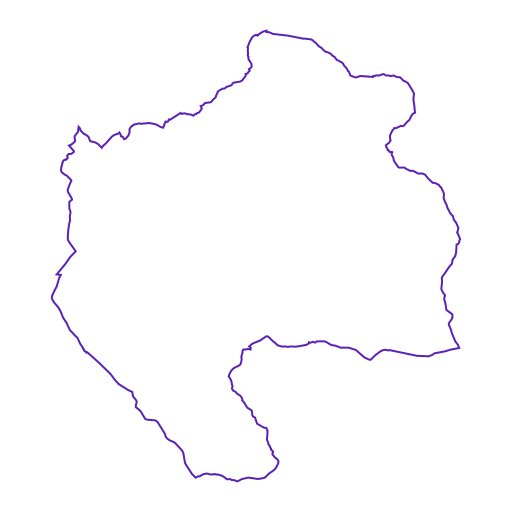 the district of Damuc, Neamt, Romania
{"feature_id": "2599482B61990018095073", "entity_name": "Damuc", "entity_type": "district", "adm_level": 2, "iso_a3": "ROU", "parent_name": "Romania", "parent_adm1": "Neamt", "projection": "equal_earth", "projection_center": [25.893, 46.736], "detail": "fine", "context": "isolated", "style": "outline", "palette": "violet", "viewbox_px": 512, "rotation_deg": 0, "n_neighbors": 0, "source": "geoboundaries", "source_scale": "gbopen_adm2", "svg_char_len": 5945}
<svg xmlns="http://www.w3.org/2000/svg" viewBox="0 0 512 512"><path d="M389.6,350.1L416.9,355.8L428.6,356.3L432.3,354.9L434.6,353.3L444.3,351.5L451.2,349.5L459.2,348.0L457.9,344.7L455.4,341.6L451.7,332.7L451.0,329.9L448.8,324.5L448.9,323.2L451.6,319.4L452.5,317.1L452.3,314.3L446.4,309.9L445.3,302.8L444.2,299.4L444.3,297.8L445.0,295.3L443.0,292.5L441.3,289.1L442.1,281.8L441.8,278.0L442.0,277.3L450.1,265.6L451.7,264.1L452.0,263.3L452.5,259.9L455.3,256.0L456.1,252.4L456.6,244.4L458.0,244.1L459.2,242.4L459.2,241.0L460.1,239.1L457.9,233.7L457.1,232.5L457.8,230.8L458.4,228.0L456.1,222.7L453.9,219.8L452.9,216.1L450.1,213.0L447.5,207.9L446.4,204.5L444.8,201.4L443.6,198.1L444.0,194.8L443.7,192.9L441.0,187.3L439.2,185.7L438.7,184.8L434.8,182.9L432.7,182.8L427.7,178.0L425.3,174.8L423.4,173.8L421.8,173.5L418.0,173.5L413.0,170.7L411.0,171.0L410.3,170.8L405.8,168.7L404.6,167.6L399.1,167.6L398.3,167.2L395.1,162.6L393.8,160.4L393.3,157.6L391.8,155.0L391.6,153.4L392.3,152.4L392.0,151.9L389.5,151.9L388.6,150.3L387.7,150.1L387.5,148.9L386.5,147.4L385.9,145.2L388.9,142.9L390.6,140.4L390.3,139.9L389.9,135.7L392.4,130.4L393.6,129.3L394.1,128.2L396.5,128.0L400.8,125.9L402.7,126.2L403.9,125.6L407.4,121.6L409.5,119.8L411.2,116.1L413.1,113.6L414.9,112.8L415.1,112.4L414.7,110.6L414.5,107.2L413.4,99.3L414.0,93.6L412.8,91.1L408.1,83.3L405.5,81.5L403.5,80.8L400.1,77.3L397.1,77.1L393.6,75.5L390.6,76.1L388.1,75.4L386.0,75.5L383.7,74.1L383.1,74.1L378.7,75.6L376.6,75.4L375.3,75.6L374.7,76.0L373.3,76.0L373.1,76.9L360.3,76.0L356.4,77.3L355.0,77.4L350.3,75.4L348.9,71.6L348.0,71.1L347.0,68.9L343.8,65.2L343.1,63.6L341.6,62.3L336.7,59.8L334.6,57.0L332.1,55.4L331.0,53.9L327.6,52.2L326.1,52.0L323.8,50.4L321.5,47.9L318.6,46.1L315.9,43.0L313.6,41.3L312.9,40.4L311.1,39.4L304.8,38.6L303.4,38.7L288.3,35.7L272.9,33.9L269.3,32.3L266.5,32.0L266.6,30.7L263.1,31.6L259.5,33.8L257.5,35.6L256.6,34.8L254.7,35.3L252.3,37.1L249.4,42.4L247.5,47.5L248.0,48.1L247.8,51.3L248.1,53.7L247.8,55.7L248.5,56.7L248.3,57.9L248.6,59.3L251.3,63.6L251.7,66.1L251.1,67.6L248.9,69.2L249.7,70.7L249.5,71.1L248.3,72.1L247.5,73.5L245.6,74.0L245.6,75.9L243.0,79.4L241.9,80.7L240.0,81.6L233.5,82.7L232.6,83.4L231.7,85.0L230.8,85.5L226.3,87.0L225.4,87.9L224.0,88.7L222.7,88.6L218.7,90.8L217.5,92.1L217.2,93.8L216.5,94.7L215.6,97.3L212.6,100.1L211.5,101.7L210.1,102.4L205.0,103.0L203.3,105.1L200.7,106.1L201.8,108.6L199.3,112.2L198.5,112.8L197.4,112.9L196.2,114.0L194.7,114.3L193.3,115.7L190.8,114.5L187.4,114.2L185.3,113.5L184.2,113.3L181.7,113.9L180.7,112.9L169.9,119.8L169.0,119.4L167.7,121.8L166.5,121.9L165.5,121.6L165.2,122.7L164.5,123.7L164.2,125.3L163.1,127.7L160.8,127.1L157.1,124.9L155.3,124.2L149.2,123.0L141.2,123.8L139.0,123.4L134.0,124.6L133.0,125.5L132.4,125.5L130.8,127.2L129.8,128.6L129.5,129.3L129.6,132.0L128.3,135.7L125.8,138.4L124.1,139.2L122.7,136.7L121.0,136.3L120.4,134.0L119.4,132.5L118.6,133.4L114.2,135.0L112.0,136.5L105.1,144.2L103.2,145.6L101.8,147.8L98.3,144.3L96.2,142.9L94.3,142.1L90.2,141.2L88.5,136.9L86.8,135.4L83.9,133.8L82.8,132.9L80.6,130.4L79.8,128.1L78.6,126.8L78.0,131.8L74.6,136.2L74.8,139.2L75.2,140.5L75.0,141.2L73.8,142.6L71.4,144.5L69.0,145.5L73.9,151.1L73.7,152.2L71.7,153.5L70.5,154.0L68.7,154.0L67.1,155.8L67.6,157.2L67.6,158.4L67.3,158.7L66.6,158.8L65.7,159.9L65.2,159.6L64.1,160.1L63.4,160.6L62.7,162.1L61.1,168.4L61.1,171.1L61.8,172.3L64.7,174.6L66.9,175.7L71.4,180.4L68.7,186.8L67.6,190.3L68.1,192.2L71.3,197.6L72.0,199.2L72.0,199.7L69.3,201.9L69.3,208.4L70.4,211.4L70.5,212.7L69.8,216.4L70.0,220.4L69.1,224.3L68.2,230.7L67.8,237.3L67.9,239.8L69.1,242.0L75.7,251.3L70.2,257.0L65.8,263.4L56.7,274.4L60.8,274.9L59.1,278.1L56.7,286.5L54.5,290.6L51.9,296.3L51.9,298.3L52.5,299.9L54.1,302.5L57.6,306.5L59.4,309.2L60.5,311.2L63.0,317.5L66.5,322.8L69.9,330.1L74.8,335.3L77.4,337.8L80.2,343.8L82.8,347.6L82.8,348.2L83.4,348.7L83.3,349.0L83.9,350.0L84.2,350.1L84.4,351.0L85.9,351.8L86.2,352.5L86.7,352.7L87.0,352.2L87.3,352.3L99.3,363.0L110.4,373.9L115.5,380.6L118.9,384.2L128.1,390.0L132.3,392.0L132.9,395.9L133.6,397.2L135.1,398.8L136.6,401.1L136.7,402.0L135.8,405.7L135.9,407.3L138.6,409.3L140.8,411.5L145.2,418.9L146.5,419.5L149.4,419.9L155.0,420.3L156.4,421.0L157.7,422.2L164.9,433.8L165.9,437.0L167.0,438.4L169.4,440.2L174.2,442.3L175.5,443.4L181.9,450.3L182.6,451.4L183.4,453.4L185.0,462.8L186.5,465.6L192.0,474.0L195.7,477.7L197.5,476.5L199.9,476.2L202.8,474.4L206.7,473.5L211.2,474.6L212.6,474.3L213.4,474.5L214.8,474.0L216.4,474.7L217.4,474.4L219.1,474.8L222.4,476.0L224.9,477.5L226.5,479.1L227.6,479.3L230.1,479.0L231.3,479.9L234.8,480.3L236.9,481.3L237.9,481.2L241.8,479.1L248.2,477.6L258.1,479.0L263.9,478.0L265.6,477.0L268.8,473.7L273.1,470.7L274.9,469.2L276.3,467.2L278.0,463.8L278.5,461.8L278.3,460.9L277.4,459.3L274.8,457.3L272.4,454.4L272.7,453.8L272.5,452.8L273.1,452.2L272.8,451.1L271.0,449.6L271.0,448.6L270.1,447.3L270.0,446.4L268.6,444.6L268.2,442.7L266.8,439.3L267.3,436.0L267.5,430.6L266.3,427.9L263.9,427.7L257.0,423.6L255.1,417.6L253.0,416.5L252.3,415.1L251.8,410.9L251.5,410.3L247.2,407.6L243.8,402.0L242.2,400.5L242.3,399.5L241.7,397.6L239.8,395.3L237.3,393.9L235.4,391.7L233.1,390.6L232.3,389.5L232.0,388.0L232.6,386.1L232.0,384.7L231.4,381.2L229.8,377.8L228.7,376.6L229.3,374.5L230.6,371.7L232.3,369.5L233.6,368.3L239.7,365.1L240.5,364.1L241.2,362.1L241.7,358.9L241.3,356.6L242.5,352.7L242.5,351.0L242.9,349.9L244.4,349.3L245.7,349.6L247.4,349.0L249.7,349.1L250.5,349.5L250.7,347.7L249.2,346.4L252.5,343.6L260.1,340.5L266.3,336.3L267.7,336.4L268.9,337.2L273.2,341.5L275.5,343.1L277.5,345.3L282.1,346.6L284.9,346.4L287.9,346.9L291.2,346.4L294.8,346.7L298.0,346.4L306.2,344.9L308.6,343.6L308.9,342.3L310.1,342.8L312.9,341.8L314.6,342.5L315.3,342.5L316.9,341.4L324.3,341.3L326.6,342.2L331.0,344.9L335.8,345.8L340.7,347.7L348.8,347.7L355.0,349.7L356.3,350.3L364.2,357.3L368.8,359.5L370.6,359.8L375.4,355.1L380.8,351.1L383.8,349.9L385.2,349.8L388.3,350.4L389.6,350.1Z" fill="none" stroke="#5b21b6" stroke-width="2"/></svg>